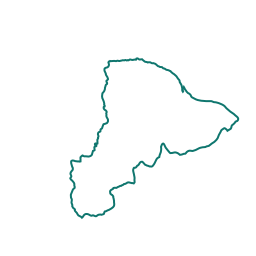 the district of Contadero, Nariño, Colombia, rotated 142°
{"feature_id": "7082276B82030364647033", "entity_name": "Contadero", "entity_type": "district", "adm_level": 2, "iso_a3": "COL", "parent_name": "Colombia", "parent_adm1": "Nariño", "projection": "natural_earth1", "projection_center": [-77.512, 0.928], "detail": "fine", "context": "isolated", "style": "outline", "palette": "teal", "viewbox_px": 256, "rotation_deg": 142, "n_neighbors": 0, "source": "geoboundaries", "source_scale": "gbopen_adm2", "svg_char_len": 5754}
<svg xmlns="http://www.w3.org/2000/svg" viewBox="0 0 256 256"><g transform="rotate(142 128 128)"><path d="M219.5,85.7L218.3,85.8L216.8,86.3L215.9,86.5L214.8,86.4L214.0,86.1L213.4,85.6L212.7,84.9L211.9,83.4L211.4,82.1L210.9,81.5L210.6,81.2L209.6,80.9L209.2,80.6L208.2,78.9L207.6,78.2L207.0,78.0L206.0,78.0L205.2,77.9L204.7,77.8L203.1,76.9L202.4,76.0L200.6,75.3L200.1,75.2L199.8,75.2L198.6,76.1L197.7,76.5L196.4,75.9L194.9,75.7L193.4,75.2L190.5,74.8L188.5,74.8L187.1,75.2L186.2,75.9L185.5,76.8L184.6,78.3L183.9,79.1L182.7,81.4L182.4,82.3L181.9,82.9L181.7,83.3L181.7,84.9L182.1,85.7L182.3,87.2L181.3,88.9L180.9,89.3L179.9,89.6L177.1,89.3L176.4,89.7L175.1,89.0L174.1,88.0L173.8,87.9L172.5,87.8L171.6,87.5L169.9,87.2L169.1,86.7L168.9,86.6L168.4,86.7L168.0,86.5L166.6,86.2L165.6,86.3L164.6,85.7L163.1,85.4L162.1,85.4L161.0,84.8L160.7,84.5L158.9,82.2L158.5,82.0L157.6,80.8L156.4,81.1L156.1,81.3L154.9,83.1L153.9,84.2L153.3,85.0L151.8,87.9L150.6,90.5L150.0,91.5L149.3,92.2L148.1,92.9L147.6,92.9L147.2,92.5L146.3,92.1L145.6,92.1L143.9,92.6L143.1,92.4L142.2,92.5L140.3,93.2L139.3,93.4L138.6,93.3L137.9,92.9L137.6,92.7L137.4,92.1L137.1,88.4L136.3,87.1L136.2,86.7L135.3,85.6L134.7,84.4L134.1,84.0L133.5,83.3L132.6,82.9L132.0,82.9L131.0,83.1L129.1,83.7L124.8,85.8L123.6,86.1L123.1,86.1L121.9,86.0L121.3,85.8L119.8,87.1L117.0,88.8L115.7,90.0L114.6,91.2L113.6,92.8L111.6,94.0L111.0,94.2L110.4,94.3L109.8,94.0L109.7,93.7L109.6,93.0L109.9,91.6L110.4,89.4L110.4,85.8L110.3,83.0L110.1,82.2L108.7,81.2L106.8,80.3L105.9,79.8L105.1,78.9L104.3,77.6L103.8,75.9L103.6,74.9L102.0,74.0L99.9,73.3L98.7,72.5L98.1,72.5L97.1,72.8L95.9,72.9L95.4,72.9L94.0,72.5L93.3,72.1L92.6,71.5L91.6,70.4L91.0,70.0L88.2,69.0L84.1,68.2L83.0,67.8L81.1,66.9L79.3,65.7L78.8,65.4L77.3,65.1L75.9,64.4L74.9,64.1L74.2,64.2L73.4,64.1L72.0,64.2L68.5,63.9L65.7,64.2L63.6,64.8L60.6,66.6L57.7,67.8L56.0,68.7L55.2,68.8L52.9,68.7L52.2,68.5L51.9,68.2L51.6,67.4L51.3,66.1L51.2,65.0L51.3,64.6L47.9,64.2L47.4,64.2L46.4,64.7L45.1,65.8L44.4,66.1L42.6,66.1L40.9,66.3L39.3,66.8L37.5,66.3L37.0,66.4L36.2,66.7L35.5,67.4L35.3,67.8L35.1,68.7L35.2,69.8L35.7,72.0L36.0,73.9L37.3,78.0L38.1,82.0L38.3,83.1L38.4,85.5L38.6,86.5L38.9,87.4L39.5,88.8L41.2,91.8L42.0,92.9L43.0,94.2L44.4,95.5L45.6,97.6L46.2,98.2L49.7,100.9L53.6,104.5L55.9,107.2L56.9,108.8L58.6,112.6L58.8,113.3L58.7,114.2L58.4,115.2L58.4,116.3L58.7,117.6L59.2,118.6L59.4,120.3L59.4,120.9L59.3,121.5L59.3,123.4L59.0,124.5L58.8,125.9L61.2,124.7L61.7,124.0L62.0,122.9L62.4,122.8L62.3,123.7L62.0,124.4L60.8,125.9L59.6,128.5L59.3,129.6L59.0,132.2L58.2,133.7L58.1,134.3L58.2,135.6L58.2,136.4L58.0,138.8L58.1,139.7L58.6,142.3L59.1,143.6L59.3,144.7L59.5,145.7L59.5,146.7L59.9,147.2L60.2,148.0L60.9,149.1L61.8,150.1L62.1,150.7L62.6,152.3L63.5,153.3L63.7,154.8L63.8,155.1L65.3,156.5L65.8,157.7L66.3,158.3L66.9,161.6L67.7,162.9L68.1,163.5L68.8,163.9L69.2,164.3L69.5,164.8L70.0,166.0L71.1,167.0L72.1,167.5L72.3,167.7L72.4,168.2L73.6,169.5L73.9,170.0L74.5,172.6L74.6,173.5L75.9,174.3L76.9,175.0L77.3,175.9L77.5,176.8L77.8,177.1L78.3,177.4L78.7,177.5L79.4,177.0L79.6,176.9L80.9,178.0L82.4,178.7L82.7,179.0L83.3,179.6L83.8,180.3L84.3,180.8L85.9,181.0L86.3,181.6L87.1,181.8L87.4,182.0L88.0,183.0L88.4,183.3L89.1,183.5L90.7,184.8L91.4,185.0L92.1,185.4L93.3,185.9L93.8,186.3L94.7,187.3L95.0,187.6L96.2,188.0L97.6,189.4L100.3,191.2L100.8,191.8L101.3,191.7L101.6,192.0L101.9,192.1L102.5,192.0L103.0,191.8L103.2,191.4L103.8,189.9L104.4,189.2L105.7,188.5L106.6,188.5L107.2,188.6L108.3,189.1L109.4,189.3L109.9,189.2L110.7,188.4L111.3,187.5L112.0,184.5L112.3,184.2L112.7,183.1L112.9,180.9L113.3,179.7L113.6,178.9L113.8,178.7L114.2,178.6L115.1,178.5L115.7,178.5L116.0,178.4L116.5,177.7L116.7,176.5L117.0,176.0L117.4,175.7L117.7,175.6L118.5,175.7L119.3,175.4L120.0,174.8L121.5,173.8L122.1,173.0L123.7,171.9L125.2,171.4L126.8,171.1L128.9,169.0L129.2,168.5L129.9,167.2L130.1,166.2L130.8,163.8L131.6,162.0L132.4,161.1L132.6,160.1L132.7,159.8L133.1,159.4L133.3,159.3L134.0,159.6L134.5,159.2L134.9,158.7L135.1,158.1L135.2,157.4L135.0,156.3L134.7,155.5L134.7,154.2L134.9,153.9L135.2,153.5L136.1,153.0L136.8,151.7L137.6,150.9L137.9,150.3L138.1,149.7L138.5,147.3L138.8,146.7L139.2,146.2L139.8,145.5L140.2,145.3L141.3,144.9L141.8,144.9L143.7,145.5L144.5,145.9L144.8,146.0L145.1,146.0L147.3,144.7L148.4,143.9L148.9,143.7L149.9,143.8L150.5,143.7L150.8,143.5L151.6,142.5L152.0,142.3L153.8,142.7L154.5,142.5L155.3,141.9L155.5,141.6L155.8,141.2L155.9,140.6L156.2,139.9L156.3,139.7L156.8,139.3L157.5,139.0L158.0,138.2L158.5,138.0L158.8,137.9L159.5,137.5L160.1,136.6L161.5,134.7L161.8,134.5L162.1,134.6L162.8,135.6L163.1,135.8L163.6,135.9L164.0,135.7L164.3,135.1L163.8,133.8L163.9,133.4L164.4,133.3L165.8,133.8L166.4,133.5L166.9,132.8L167.7,131.4L168.0,131.1L168.4,131.1L169.3,131.4L169.7,131.5L172.9,129.2L173.6,129.0L174.7,129.0L175.3,129.2L175.9,129.4L176.7,129.8L178.8,131.8L179.7,132.4L180.5,133.5L180.6,134.2L180.8,134.4L182.1,134.4L183.4,134.2L184.0,133.6L184.7,132.5L185.2,132.0L185.7,131.2L186.0,130.9L186.8,131.3L187.6,132.2L188.0,132.4L190.0,134.4L190.7,135.5L191.4,136.3L192.0,136.7L192.5,136.8L193.2,136.8L193.7,136.3L194.5,135.1L195.6,132.4L195.9,131.7L195.9,131.0L196.7,129.6L197.8,128.9L199.2,128.7L200.2,128.3L200.4,128.3L200.8,128.0L201.6,127.3L202.1,125.4L202.5,124.7L202.8,124.5L204.1,124.1L204.5,123.8L204.7,122.7L204.4,121.0L204.3,119.2L204.4,117.9L204.7,117.0L205.8,115.6L206.1,114.7L206.4,114.2L206.7,113.9L207.1,113.6L208.5,113.6L209.5,113.3L214.0,110.7L214.5,110.1L215.8,108.2L216.0,107.0L216.4,106.1L217.0,105.4L218.2,104.3L218.6,103.7L219.2,101.8L219.5,101.3L220.1,100.7L220.3,99.7L220.4,98.6L220.0,97.3L220.0,96.6L220.1,96.3L220.4,96.1L220.7,95.7L220.8,95.0L220.6,92.5L220.9,90.8L220.9,89.6L219.7,87.0L219.5,86.2L219.5,85.7Z" fill="none" stroke="#0f766e" stroke-width="2"/></g></svg>